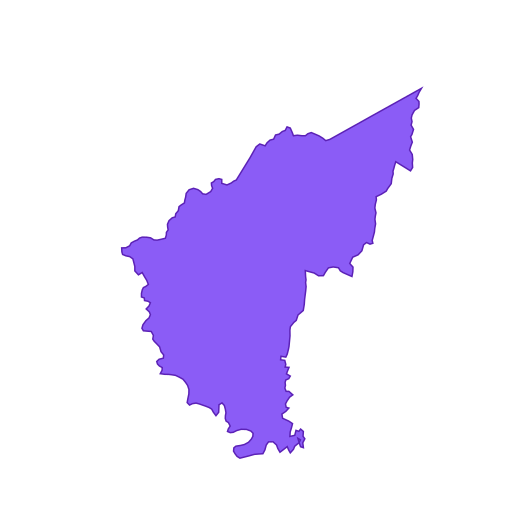 Ponte Branca, Mato Grosso, Brazil, rotated 103°
{"feature_id": "56859067B10686101824472", "entity_name": "Ponte Branca", "entity_type": "district", "adm_level": 2, "iso_a3": "BRA", "parent_name": "Brazil", "parent_adm1": "Mato Grosso", "projection": "albers", "projection_center": [-52.897, -16.67], "detail": "fine", "context": "isolated", "style": "filled", "palette": "violet", "viewbox_px": 512, "rotation_deg": 103, "n_neighbors": 0, "source": "geoboundaries", "source_scale": "gbopen_adm2", "svg_char_len": 4117}
<svg xmlns="http://www.w3.org/2000/svg" viewBox="0 0 512 512"><g transform="rotate(103 256 256)"><path d="M278.3,388.7L282.2,387.6L284.5,386.3L285.1,382.8L285.0,378.9L286.5,375.3L290.0,373.5L293.5,371.7L297.8,370.7L300.8,366.3L297.7,363.2L301.2,360.0L304.3,357.0L307.9,354.5L310.5,356.6L312.1,358.6L314.6,359.2L318.2,359.2L321.7,358.4L322.0,355.4L324.5,354.6L324.4,350.9L325.3,348.4L328.7,349.0L332.3,351.1L334.4,347.4L336.9,345.7L340.4,346.3L343.7,348.7L348.4,350.7L352.1,350.9L354.2,348.9L353.6,344.4L353.1,341.1L356.5,338.1L360.2,337.9L362.0,336.0L363.7,333.3L366.2,329.5L370.6,327.0L373.2,323.7L376.4,323.3L378.4,327.2L381.1,329.0L383.4,327.7L384.9,325.4L385.8,322.3L388.4,321.8L392.2,322.8L391.8,318.3L391.0,314.5L390.7,311.8L390.4,307.6L391.3,303.5L392.5,299.4L394.9,296.3L397.5,293.5L401.2,291.3L405.5,290.4L410.1,290.3L414.3,290.1L416.2,287.2L414.2,284.8L412.8,281.3L412.9,277.9L413.3,274.4L413.6,271.5L414.2,267.5L415.2,264.7L417.8,262.4L420.6,259.1L416.7,257.2L412.9,257.9L409.3,258.6L406.8,256.1L408.8,253.2L412.2,251.4L415.6,250.0L418.4,249.9L421.2,249.4L423.6,248.0L424.5,245.4L427.5,242.9L430.7,244.1L433.4,244.3L433.9,241.3L432.9,238.5L430.4,235.5L428.2,231.5L427.1,226.3L427.7,221.6L429.4,219.0L432.5,218.5L435.6,219.4L439.2,221.4L442.3,224.9L444.1,228.5L445.8,232.8L447.9,234.4L451.2,234.0L453.4,231.9L455.5,229.4L456.6,226.2L452.4,218.0L449.6,212.9L448.2,208.5L447.1,204.8L442.9,203.7L437.9,203.5L434.3,202.0L433.2,197.6L435.5,193.5L438.7,191.4L441.8,188.5L438.3,185.6L434.7,182.7L437.6,180.6L440.1,178.3L435.9,176.0L432.7,175.5L430.6,173.9L428.1,172.0L431.8,169.7L432.1,166.7L427.5,168.4L423.1,167.3L421.1,169.6L416.3,170.4L414.6,173.6L417.2,174.8L416.9,177.8L422.0,177.9L424.2,182.4L419.8,183.1L415.7,182.8L411.1,182.7L409.5,186.9L408.9,189.9L408.1,193.6L404.2,195.2L400.7,192.0L396.8,189.8L396.6,192.6L393.5,194.0L390.1,193.1L386.0,191.5L383.0,188.9L380.5,193.5L381.1,196.2L378.2,198.2L375.4,198.2L372.7,199.2L370.1,199.1L368.2,196.5L365.3,195.6L364.0,199.8L361.4,199.5L357.1,198.8L357.7,202.6L354.9,202.6L351.2,204.5L351.6,208.7L348.1,209.1L347.8,204.2L344.6,203.5L339.3,203.4L336.7,203.5L326.2,204.9L320.6,206.3L317.1,206.6L312.2,204.2L309.7,202.3L304.0,201.8L298.5,197.7L292.2,198.1L287.2,198.9L279.1,199.7L274.6,200.3L270.7,201.7L268.0,201.9L265.0,203.0L259.1,204.7L259.3,200.9L259.5,195.5L261.2,190.6L260.0,185.9L256.3,184.8L251.3,182.8L249.3,178.3L248.9,173.0L251.5,170.5L252.6,167.4L254.4,157.9L249.6,158.1L245.0,159.0L242.2,163.0L239.5,162.4L235.4,161.5L231.9,156.8L227.1,154.0L220.9,153.7L218.0,151.3L218.8,147.6L217.3,145.0L214.7,146.3L209.6,146.1L206.0,146.0L202.3,146.5L197.8,146.7L193.4,148.4L190.3,148.7L187.0,148.8L182.5,151.0L178.6,151.4L174.2,151.3L171.2,152.3L167.6,147.8L165.6,145.8L163.5,143.7L160.7,142.9L155.1,140.5L149.8,141.1L145.2,140.8L142.5,141.6L139.6,141.4L136.3,141.3L132.7,141.0L138.3,124.6L134.5,123.3L130.2,124.6L126.7,125.0L121.9,126.6L118.2,130.2L114.0,129.9L109.9,129.3L105.0,132.2L102.5,131.4L97.2,131.0L93.6,134.3L90.0,134.2L86.7,135.7L83.5,135.7L78.5,134.3L74.8,130.8L71.3,131.3L68.8,132.0L66.4,135.5L63.1,134.5L59.8,133.9L55.4,132.5L94.7,176.0L97.0,178.5L125.8,210.3L127.9,214.0L126.2,217.4L124.8,221.5L124.0,225.8L123.3,229.9L125.2,233.0L127.7,234.9L128.5,238.4L129.0,242.9L130.4,246.6L127.9,248.2L123.6,251.4L123.2,254.8L127.1,255.8L128.8,258.4L132.0,260.8L133.7,264.2L138.2,265.1L139.9,268.4L143.2,270.7L146.6,271.9L146.0,277.5L149.5,280.4L161.5,283.9L186.4,292.3L188.1,294.6L190.4,296.5L193.3,300.3L192.9,305.7L189.1,306.6L189.0,309.5L190.5,312.7L193.0,313.9L194.9,315.9L197.4,315.1L199.8,313.5L203.4,314.6L207.2,318.5L207.4,322.0L205.6,324.5L204.4,327.6L204.1,332.1L206.5,336.1L210.7,338.1L214.5,337.8L217.5,337.9L220.4,337.7L223.1,340.4L225.2,342.1L229.3,341.9L232.9,343.7L236.1,343.5L237.6,346.2L241.1,348.7L245.0,349.4L247.7,348.6L250.3,347.5L253.1,348.6L255.8,348.1L259.1,348.3L261.0,352.1L262.8,355.9L263.3,359.1L262.0,362.8L262.3,366.7L263.2,371.1L264.7,373.5L267.0,375.1L268.9,377.8L271.3,380.5L274.5,381.4L277.3,384.7L278.3,388.7ZM428.1,172.0L424.2,174.2L425.1,171.4L428.1,172.0Z" fill="#8b5cf6" stroke="#5b21b6" stroke-width="1.5"/></g></svg>